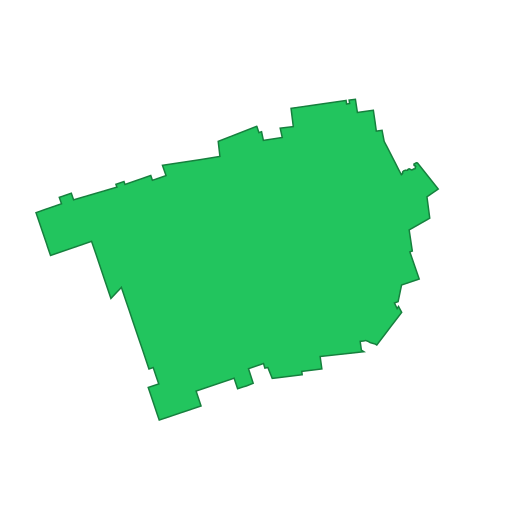 Figueroa, Santiago del Estero, Argentina (Mercator projection), rotated 251°
{"feature_id": "61730980B49742365360774", "entity_name": "Figueroa", "entity_type": "district", "adm_level": 2, "iso_a3": "ARG", "parent_name": "Argentina", "parent_adm1": "Santiago del Estero", "projection": "mercator", "projection_center": [-63.559, -27.316], "detail": "fine", "context": "isolated", "style": "filled", "palette": "green", "viewbox_px": 512, "rotation_deg": 251, "n_neighbors": 0, "source": "geoboundaries", "source_scale": "gbopen_adm2", "svg_char_len": 2404}
<svg xmlns="http://www.w3.org/2000/svg" viewBox="0 0 512 512"><g transform="rotate(251 256 256)"><path d="M236.2,118.3L215.9,118.2L204.4,118.2L184.0,118.0L184.0,122.5L175.3,122.4L166.7,122.4L166.8,111.3L166.7,111.3L150.1,111.2L139.2,111.1L132.4,111.1L132.1,155.2L140.0,155.3L147.8,155.4L147.6,194.6L147.6,195.5L136.5,195.4L136.4,201.8L136.2,204.4L136.6,211.9L151.9,212.2L151.9,228.1L147.1,227.9L146.7,230.9L135.0,231.5L134.2,235.1L128.7,261.0L132.0,261.7L129.9,271.5L127.8,281.5L140.1,283.9L130.4,326.8L132.7,325.0L141.4,326.7L140.6,330.1L140.4,332.2L138.6,334.4L137.7,335.1L136.9,335.8L133.9,340.1L132.5,341.2L140.9,353.8L145.3,360.3L150.7,368.5L155.3,375.4L161.9,374.3L160.3,372.3L166.5,371.6L166.6,375.5L181.2,384.2L181.1,402.8L209.8,402.8L209.8,405.4L230.8,409.3L235.2,432.6L256.3,436.9L260.0,450.1L291.1,439.1L291.1,438.7L291.4,438.5L291.8,438.5L291.9,438.3L291.9,438.0L291.9,437.5L291.9,437.2L291.7,436.7L291.7,436.3L291.5,435.7L291.5,435.3L291.1,435.2L290.6,435.0L290.1,435.0L289.7,435.3L289.7,435.8L289.1,436.0L288.8,436.2L288.5,436.1L288.2,435.7L287.7,435.3L287.1,435.2L286.8,434.9L286.7,434.5L286.8,434.1L287.0,433.6L287.0,433.0L286.6,432.6L286.7,432.0L286.6,431.7L286.7,431.1L287.0,430.8L287.4,430.5L287.5,430.2L287.7,429.9L288.1,429.8L288.3,429.6L288.6,429.1L288.5,428.6L288.5,428.2L288.3,427.7L288.1,427.4L287.7,427.2L287.8,426.8L287.9,426.4L288.2,425.9L288.4,425.4L288.5,425.0L288.4,424.5L288.4,423.9L288.4,423.3L288.1,422.7L287.8,422.1L287.4,422.0L287.1,421.7L286.7,421.6L286.4,421.6L286.2,421.3L286.2,420.8L286.0,420.6L285.6,420.4L285.5,420.2L285.5,419.9L291.9,418.9L297.9,418.1L304.1,417.2L316.2,415.5L320.5,414.8L322.7,414.5L333.8,416.1L334.9,410.4L343.9,412.2L349.8,413.3L355.6,414.4L357.3,405.8L358.7,398.6L371.8,401.0L373.1,394.8L369.7,394.2L370.2,391.1L373.6,391.8L373.8,391.8L373.8,391.4L384.2,337.2L366.2,333.4L369.0,320.5L359.5,319.4L362.9,300.6L371.7,301.7L371.7,298.9L378.3,299.0L378.4,298.9L376.7,257.6L361.9,254.3L365.2,235.0L372.2,197.1L361.3,197.1L361.3,182.7L366.4,182.7L366.3,155.4L369.4,155.4L369.4,146.9L366.4,146.9L368.5,101.8L375.5,101.8L375.5,89.1L368.7,89.1L368.7,72.4L368.6,62.1L341.3,62.0L335.3,62.0L333.1,61.9L329.5,61.9L323.4,61.9L323.4,71.3L323.4,81.3L323.4,100.3L323.4,100.9L323.4,105.3L309.5,105.3L284.8,105.1L263.1,105.0L267.1,112.6L269.5,117.3L270.2,118.5L255.4,118.4L246.0,118.4L236.2,118.3Z" fill="#22c55e" stroke="#15803d" stroke-width="1.5"/></g></svg>